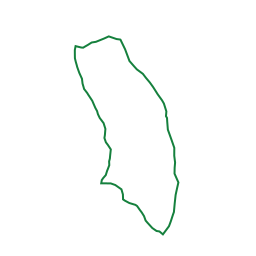 Mopa-Muro, Kogi, Nigeria, rotated 125°
{"feature_id": "59680162B35933805912396", "entity_name": "Mopa-Muro", "entity_type": "district", "adm_level": 2, "iso_a3": "NGA", "parent_name": "Nigeria", "parent_adm1": "Kogi", "projection": "albers", "projection_center": [5.939, 8.139], "detail": "fine", "context": "isolated", "style": "outline", "palette": "green", "viewbox_px": 256, "rotation_deg": 125, "n_neighbors": 0, "source": "geoboundaries", "source_scale": "gbopen_adm2", "svg_char_len": 1442}
<svg xmlns="http://www.w3.org/2000/svg" viewBox="0 0 256 256"><g transform="rotate(125 128 128)"><path d="M91.0,217.9L94.6,216.3L98.0,213.9L101.3,211.5L103.7,208.8L105.4,206.7L106.3,205.6L107.1,204.7L110.8,199.5L114.1,193.9L114.9,193.2L117.7,190.7L120.1,187.7L121.2,186.4L122.8,181.3L123.4,180.0L126.2,172.9L130.2,166.4L131.9,163.0L133.9,160.6L136.0,156.9L138.0,150.8L141.7,146.0L146.3,143.3L147.4,142.7L149.7,141.6L152.4,137.9L153.4,134.8L154.2,132.8L155.4,129.8L158.5,128.1L160.5,127.0L163.5,125.3L166.2,124.3L169.2,122.0L170.4,121.7L171.5,121.4L173.5,120.9L174.9,120.6L179.3,119.2L183.3,119.6L185.7,119.6L188.7,118.2L187.3,116.2L183.3,110.4L182.0,105.7L182.0,102.6L182.0,98.2L185.3,94.1L189.3,91.1L189.3,89.0L188.7,83.9L186.7,77.8L186.7,75.8L187.3,74.1L188.3,71.4L189.3,68.3L191.0,64.3L193.7,60.5L194.4,57.8L196.0,50.7L196.0,48.7L196.0,45.6L194.7,42.9L195.1,38.4L185.0,38.1L182.2,38.8L179.6,39.5L173.4,41.4L170.5,42.2L162.8,46.6L155.5,50.6L149.8,53.0L143.7,55.5L138.7,63.7L133.8,67.0L129.3,69.6L124.2,74.2L117.7,78.7L113.0,85.2L109.1,90.7L106.5,94.4L100.2,99.6L97.4,101.8L96.5,103.7L94.4,104.9L92.4,106.1L87.4,112.6L85.8,116.0L83.4,122.9L80.1,130.8L78.2,136.2L76.6,142.2L75.1,146.9L74.9,154.4L74.0,158.3L72.3,165.2L65.2,175.5L60.0,184.8L60.0,185.1L61.7,188.4L64.0,196.3L68.4,198.9L70.1,200.0L75.8,203.7L76.0,203.9L78.8,206.8L82.9,208.5L86.3,210.1L87.9,210.8L88.9,212.5L91.0,217.9Z" fill="none" stroke="#15803d" stroke-width="2"/></g></svg>